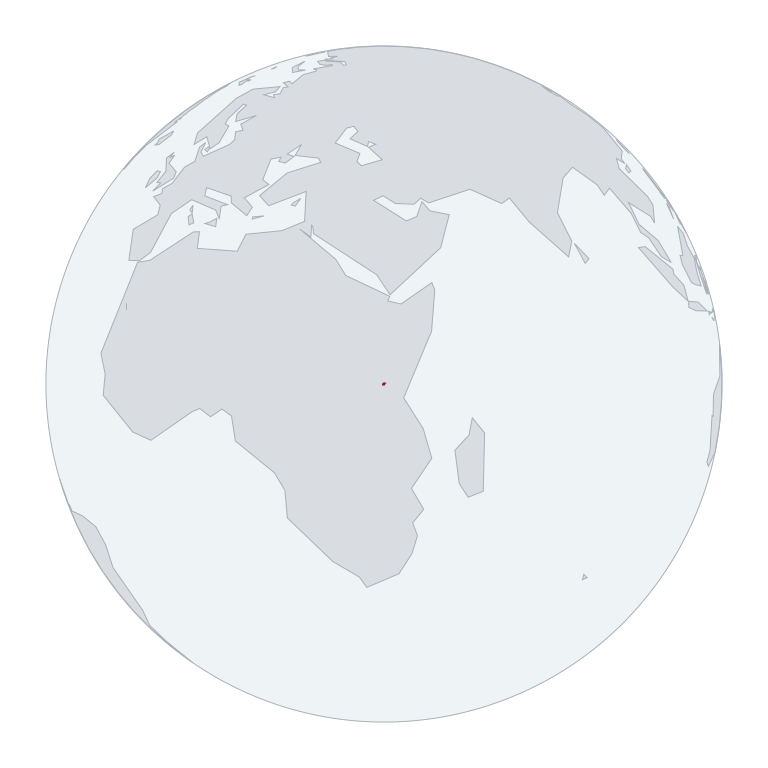 globe centered on Nairobi, rotated 339°
{"feature_id": "KEN-1196", "entity_name": "Nairobi", "entity_type": "National Capital Area", "adm_level": 1, "iso_a3": "KEN", "parent_name": "Kenya", "parent_adm1": "", "projection": "orthographic", "projection_center": [36.917, -1.278], "detail": "fine", "context": "on_globe", "style": "filled", "palette": "rose", "viewbox_px": 768, "rotation_deg": 339, "n_neighbors": 0, "source": "natural_earth", "source_scale": "10m", "svg_char_len": 6686}
<svg xmlns="http://www.w3.org/2000/svg" viewBox="0 0 768 768"><g transform="rotate(339 384 384)"><circle cx="384" cy="384" r="338" fill="#eef3f6" stroke="#a8b0b8"/><path d="M47.2,356.2L47.1,359.0L46.7,373.4L46.4,382.4L47.1,384.8L47.2,390.7L55.3,399.2L63.8,413.9L66.5,434.5L65.2,458.5L77.6,508.7L78.8,525.5L88.3,545.6L105.2,574.9L91.5,553.2L79.5,530.6L69.3,507.1L60.9,482.9L54.3,458.1L49.6,432.9L46.9,407.4L46.1,381.8L47.2,356.2ZM652.3,178.6L649.7,175.3L644.5,168.7L645.6,171.3L638.2,162.1L642.7,169.6L649.7,177.7L651.4,178.1L658.6,189.8L670.4,206.0L680.5,223.6L689.8,251.8L686.2,258.8L687.8,264.6L681.9,256.8L680.8,267.3L697.3,303.3L699.2,313.4L694.3,330.7L693.0,323.0L677.4,302.4L679.3,326.3L691.4,348.4L695.7,373.5L688.6,364.5L683.6,342.6L678.0,334.6L676.0,313.5L664.7,282.0L657.2,286.7L654.4,274.5L637.7,249.2L625.1,255.7L607.3,286.2L610.5,317.8L601.9,331.5L577.8,285.1L567.7,255.3L558.5,257.7L534.1,233.0L490.5,230.9L484.8,223.6L476.5,226.9L459.3,219.6L450.7,208.0L440.1,208.8L463.3,239.8L474.6,239.4L484.8,227.4L489.0,238.8L505.6,249.3L485.7,277.1L421.7,302.8L416.3,279.3L372.1,218.4L373.9,211.8L373.8,211.1L373.3,209.8L368.4,220.6L361.0,209.3L383.7,250.5L387.2,269.0L420.8,304.2L417.4,307.9L428.5,315.4L465.0,306.5L465.1,314.4L447.3,351.8L397.4,404.0L404.6,439.7L402.0,470.5L372.2,491.3L376.2,515.2L361.0,523.9L360.9,537.6L349.4,552.3L329.9,566.5L295.1,567.7L291.8,555.3L272.7,531.6L245.8,474.4L253.4,447.7L249.8,427.5L224.8,383.9L230.2,359.2L223.8,349.3L210.3,352.4L203.1,340.8L195.1,341.0L146.2,353.0L132.2,338.7L117.8,293.9L127.3,274.7L130.7,253.9L197.5,182.1L209.8,184.6L260.4,173.7L266.3,175.7L258.3,190.5L294.6,207.5L308.7,194.7L343.6,204.3L368.1,203.7L380.4,176.3L340.3,176.3L335.4,163.6L369.1,152.3L404.5,154.4L403.7,149.6L383.0,138.8L392.8,130.8L376.0,134.7L381.6,139.3L371.2,142.4L365.5,138.5L369.2,135.4L359.0,133.5L344.0,149.9L348.1,156.5L320.3,160.1L324.4,171.8L316.2,177.6L306.4,160.2L308.7,153.8L288.9,137.2L284.0,144.0L302.3,160.6L295.8,159.5L289.4,170.5L289.2,161.3L270.5,143.0L246.6,148.7L213.2,177.5L199.9,181.2L190.1,177.1L205.4,149.7L233.4,145.0L239.2,136.8L236.1,126.5L244.9,126.5L247.1,122.3L258.0,120.8L275.8,110.0L287.2,108.4L296.8,96.7L304.0,94.7L296.2,101.9L297.0,106.7L325.7,105.0L332.0,102.5L335.9,95.4L343.3,96.6L343.4,90.1L361.1,87.6L339.6,85.8L343.6,79.2L355.6,74.4L353.1,72.4L333.5,80.4L329.1,84.2L331.6,87.6L316.4,99.7L306.0,102.1L307.2,89.6L292.6,92.3L300.0,82.8L348.5,64.4L367.4,61.8L393.4,69.1L387.5,72.3L375.3,70.9L384.3,77.4L384.6,74.3L390.8,75.8L396.2,71.2L400.8,72.2L398.1,66.8L404.3,67.5L405.9,70.8L419.2,66.3L432.9,67.6L433.7,66.3L430.7,64.5L450.1,68.2L449.8,67.1L443.3,65.4L438.6,62.4L437.7,59.0L444.5,60.4L445.7,61.8L458.4,67.6L460.6,72.1L463.3,72.5L463.0,69.1L447.5,61.8L445.1,59.5L453.4,62.4L450.1,61.1L451.1,60.5L458.3,61.5L449.6,58.3L450.5,53.3L464.6,56.0L471.9,58.3L477.6,59.3L500.3,66.7L522.5,75.8L543.9,86.3L564.6,98.4L584.3,111.8L603.0,126.7L620.7,142.8L637.1,160.1L652.3,178.6ZM172.5,216.4L170.2,222.5L172.5,216.4ZM441.0,172.1L462.7,174.0L454.4,157.4L462.1,157.2L456.5,152.1L453.7,156.3L440.2,142.9L450.1,138.9L448.2,132.6L440.8,131.7L424.8,141.5L444.1,160.1L438.5,166.5L441.0,172.1ZM248.6,103.7L251.4,105.6L245.9,110.3L231.5,115.3L239.3,108.0L248.6,103.7ZM256.6,107.3L261.9,95.1L271.1,92.5L265.1,95.9L270.6,95.4L262.4,100.8L266.0,111.4L261.4,116.5L237.2,121.0L247.6,116.3L244.3,114.4L256.6,107.3ZM259.3,77.6L261.7,74.8L278.5,72.4L274.3,75.5L259.6,79.8L255.9,78.8L259.3,77.6ZM343.9,48.5L348.4,48.0L347.8,48.4L341.2,48.9L345.3,49.3L335.7,50.4L336.8,50.4L329.0,51.8L321.4,53.9L317.3,54.4L316.1,55.1L310.9,56.4L307.9,57.6L299.5,59.3L295.2,61.2L293.7,61.0L288.4,63.9L288.6,62.6L281.9,64.9L285.3,65.0L247.4,76.0L231.4,83.2L218.0,90.5L220.0,88.6L229.9,83.3L251.6,73.1L273.9,64.5L296.9,57.5L320.2,52.2L343.9,48.5ZM274.4,170.0L279.3,170.4L287.2,169.4L283.2,176.9L274.4,170.0ZM261.2,157.6L265.8,156.4L264.1,165.4L259.0,165.5L261.2,157.6ZM269.8,148.7L266.2,155.7L265.1,151.9L269.8,148.7ZM300.7,100.8L305.7,99.7L305.7,101.3L302.2,104.0L300.7,100.8ZM357.9,53.5L355.0,52.8L356.8,52.4L356.9,50.4L364.1,50.0L366.8,51.0L357.9,53.5ZM372.8,180.9L364.9,186.1L361.5,183.6L364.9,182.2L372.8,180.9ZM321.3,180.9L332.4,184.1L320.1,182.9L321.3,180.9ZM365.7,52.7L364.9,51.8L369.0,52.2L365.7,52.7ZM369.3,49.7L374.4,50.0L365.0,49.8L369.3,49.7ZM502.4,633.3L504.2,637.6L499.1,637.8L502.4,633.3ZM460.4,465.7L438.2,519.7L422.0,519.9L418.6,503.9L426.5,471.2L445.2,462.0L454.3,447.3L460.4,465.7ZM714.0,439.1L714.9,441.7L714.6,443.3L714.0,439.1ZM713.3,432.4L714.9,434.1L712.5,435.7L713.3,432.4ZM715.4,434.8L717.0,433.1L717.7,431.0L717.2,434.3L715.4,434.8ZM711.9,431.7L701.3,427.3L696.1,421.6L698.1,416.0L706.5,420.0L711.9,431.7ZM697.6,415.7L688.6,397.3L670.4,347.8L677.1,349.4L694.9,380.4L693.9,385.2L699.4,399.4L697.6,415.7ZM716.3,391.4L715.2,406.2L710.0,402.6L707.3,399.1L705.4,379.2L706.5,369.9L709.1,371.0L714.6,342.0L717.4,351.2L716.7,363.7L718.7,377.6L716.3,391.4ZM612.1,320.9L620.3,340.5L615.1,343.4L612.1,320.9ZM713.6,321.2L713.5,333.6L712.5,316.4L713.6,321.2ZM711.0,304.8L712.7,311.8L710.5,304.5L711.0,304.8ZM690.8,273.8L688.3,274.5L686.7,269.7L688.9,266.1L690.8,273.8ZM688.2,239.0L694.0,252.4L695.6,256.9L691.6,248.2L688.2,239.0ZM425.7,54.3L417.6,56.9L416.5,59.9L423.3,62.8L410.2,60.4L411.9,55.7L425.7,54.3ZM446.7,52.9L440.7,51.4L445.5,52.2L447.6,52.6L446.7,52.9ZM441.5,51.9L430.0,50.2L428.1,49.5L437.5,50.9L441.5,51.9ZM397.8,49.4L394.9,50.0L391.6,49.5L397.8,49.4ZM668.6,566.3L657.3,577.1L657.5,572.6L664.6,562.8L678.9,531.1L679.6,532.2L688.0,511.6L700.4,497.0L711.5,466.9L711.1,468.8L703.4,494.4L693.7,519.2L682.1,543.2L668.6,566.3ZM718.2,434.0L715.9,443.6L718.2,433.4L718.3,433.4L718.2,434.0ZM721.4,402.8L721.2,406.3L721.4,402.6L721.4,402.8ZM719.6,381.7L720.0,391.5L721.2,387.2L720.2,394.5L720.1,411.1L719.3,416.6L719.7,398.7L718.2,415.7L717.5,414.7L718.1,399.4L719.3,382.2L720.0,375.5L721.7,375.4L719.6,381.7ZM720.2,350.9L718.2,337.5L718.0,341.1L716.9,326.5L719.3,341.7L720.2,350.9ZM716.1,323.3L716.0,326.4L715.0,317.8L716.1,323.3ZM715.1,322.1L713.4,313.7L714.3,315.7L715.1,322.1ZM716.4,324.3L713.7,310.5L715.6,319.1L716.4,324.3ZM708.8,295.2L713.5,310.3L710.1,302.3L702.6,276.0L703.4,276.3L708.8,295.2Z" fill="#d9dde1" stroke="#a8b0b8" stroke-width="1"/><path d="M385.3,383.8L385.1,383.9L385.0,384.0L384.9,384.1L384.5,384.1L384.4,384.1L384.2,384.3L384.0,384.5L383.9,384.5L384.0,384.5L383.9,384.8L383.7,384.8L383.6,384.7L383.3,384.6L383.2,384.6L382.9,384.5L382.9,384.4L382.8,384.2L382.6,384.1L382.7,383.9L382.8,383.8L382.9,383.7L383.0,383.7L383.3,383.4L383.6,383.4L383.8,383.4L384.0,383.4L384.1,383.2L384.3,383.2L384.3,383.3L384.3,383.5L384.5,383.6L384.8,383.6L385.0,383.6L385.3,383.8Z" fill="#f43f5e" stroke="#9f1239" stroke-width="1.5"/></g></svg>